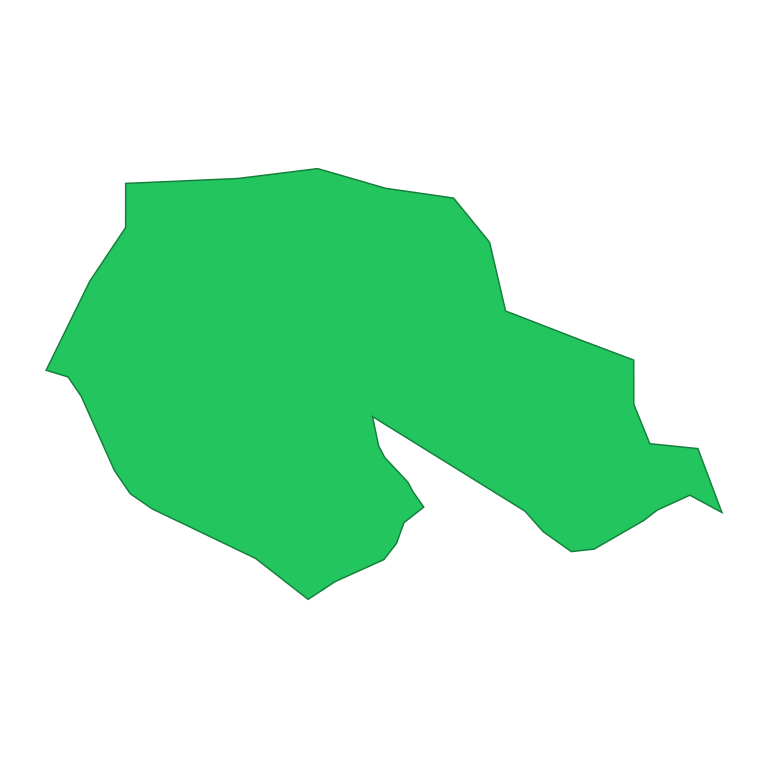 an SVG outline of Aknistes
{"feature_id": "LVA-5734", "entity_name": "Aknistes", "entity_type": "Municipality", "adm_level": 1, "iso_a3": "LVA", "parent_name": "Latvia", "parent_adm1": "", "projection": "equal_earth", "projection_center": [25.843, 56.138], "detail": "fine", "context": "isolated", "style": "filled", "palette": "green", "viewbox_px": 768, "rotation_deg": 0, "n_neighbors": 0, "source": "natural_earth", "source_scale": "10m", "svg_char_len": 632}
<svg xmlns="http://www.w3.org/2000/svg" viewBox="0 0 768 768"><path d="M308.1,599.4L255.5,558.4L152.2,508.9L130.3,493.8L114.5,470.7L81.2,396.3L68.0,376.9L46.1,370.3L89.6,281.5L125.6,227.5L125.7,183.4L237.7,178.5L317.6,168.6L385.6,188.3L453.6,198.1L489.6,242.3L505.6,311.0L581.7,340.5L633.7,360.1L633.8,404.3L649.8,443.7L697.9,448.6L721.9,512.5L689.8,495.2L657.2,510.1L644.0,520.3L594.1,549.1L571.3,551.6L543.3,531.8L524.9,511.1L372.5,416.6L378.6,445.8L384.8,457.6L407.9,482.2L413.2,492.1L423.8,507.1L404.0,522.6L396.5,543.4L383.9,559.6L335.3,581.5L308.5,599.1L308.1,599.4Z" fill="#22c55e" stroke="#15803d" stroke-width="1.5"/></svg>